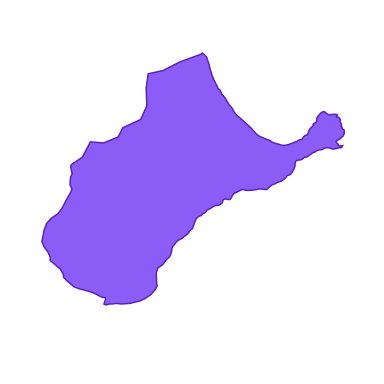 outline of Village, Soufrière, Saint Lucia, rotated 109°
{"feature_id": "8701671B40891625905372", "entity_name": "Village", "entity_type": "district", "adm_level": 2, "iso_a3": "LCA", "parent_name": "Saint Lucia", "parent_adm1": "Soufrière", "projection": "robinson", "projection_center": [-61.064, 13.907], "detail": "fine", "context": "isolated", "style": "filled", "palette": "violet", "viewbox_px": 384, "rotation_deg": 109, "n_neighbors": 0, "source": "geoboundaries", "source_scale": "gbopen_adm2", "svg_char_len": 5827}
<svg xmlns="http://www.w3.org/2000/svg" viewBox="0 0 384 384"><g transform="rotate(109 192 192)"><path d="M207.3,315.1L213.8,311.2L217.3,311.7L221.5,310.7L225.0,309.6L227.6,306.9L230.6,306.4L239.0,308.0L249.5,309.6L256.2,311.7L262.1,316.2L268.8,319.2L276.0,319.4L287.7,317.8L291.9,314.1L295.6,308.8L299.8,304.8L303.1,303.7L304.2,300.3L307.9,291.2L311.9,286.7L314.5,285.7L317.0,280.6L320.1,272.6L320.3,266.2L319.8,262.2L319.4,252.9L320.8,242.8L320.1,239.6L321.5,238.8L326.6,238.8L326.8,236.4L325.0,234.1L323.8,230.9L321.9,227.1L321.0,222.6L317.5,214.4L312.1,205.9L308.2,201.9L302.6,197.6L296.3,195.0L292.6,194.4L287.0,196.8L280.0,199.5L274.9,199.5L270.2,196.0L264.2,194.2L262.1,192.7L260.0,192.0L258.4,191.8L254.1,192.0L251.7,192.7L249.6,192.5L247.7,191.6L243.2,190.1L241.6,188.8L239.2,186.5L236.3,184.7L234.1,183.1L231.7,181.9L230.1,181.8L228.7,181.1L226.6,179.7L220.7,179.6L215.9,179.4L214.9,178.9L212.8,177.7L211.3,175.6L208.8,174.6L207.6,173.1L205.6,172.2L204.0,171.9L203.3,170.9L202.1,169.7L200.4,168.3L198.6,166.9L198.1,166.4L197.5,165.8L197.0,165.0L196.7,164.4L196.2,163.2L195.7,162.4L195.1,161.7L194.6,161.3L193.2,160.4L192.6,160.0L191.6,159.9L191.1,159.9L190.6,160.0L190.0,160.0L189.2,159.8L188.8,159.6L188.3,159.2L188.0,158.7L187.8,158.1L187.6,157.3L187.4,156.0L187.3,155.1L187.0,154.3L186.7,153.8L185.9,153.4L185.0,153.1L184.0,152.9L182.2,152.6L181.3,152.4L180.4,152.0L179.5,151.6L178.6,150.6L177.3,149.5L176.7,148.7L175.6,147.6L174.3,146.4L173.7,145.9L173.2,145.2L173.1,144.6L172.9,143.2L172.9,142.4L172.8,141.3L172.6,140.4L172.2,139.3L171.6,137.9L170.7,135.9L170.4,135.1L169.9,134.2L169.5,133.2L169.0,132.3L167.5,130.0L167.1,129.3L166.9,128.5L166.3,126.0L166.1,125.2L166.0,124.0L165.5,122.8L165.1,122.0L164.4,121.5L163.9,121.4L161.7,120.3L160.9,119.7L159.6,118.8L158.7,118.1L158.3,117.7L157.8,116.9L157.2,116.2L155.4,114.6L154.6,113.8L154.0,112.9L153.6,112.2L153.2,111.6L152.4,110.9L151.4,110.2L150.6,109.6L150.1,109.3L148.8,108.5L148.3,108.2L147.3,107.8L146.2,107.5L145.5,107.3L145.1,106.9L144.7,106.3L144.1,105.5L143.5,104.8L142.8,104.4L141.7,104.0L140.6,103.7L139.6,103.6L138.1,103.3L136.6,103.1L135.7,103.0L133.9,103.1L132.7,103.5L131.8,103.7L131.0,103.8L129.9,103.9L129.1,103.9L128.4,103.5L127.6,102.6L127.4,102.1L126.7,100.8L126.3,100.0L125.9,99.3L125.1,98.6L124.4,98.1L123.7,97.7L122.9,97.1L122.3,96.6L121.8,95.6L121.4,94.7L120.7,94.1L120.1,93.8L119.2,93.2L118.5,92.5L117.7,92.0L116.0,90.9L115.4,90.4L114.8,89.8L114.4,89.0L114.0,88.6L113.0,88.0L111.7,87.0L111.5,86.7L111.1,86.0L109.8,83.2L109.1,82.5L108.1,81.5L107.4,80.8L107.0,80.3L106.4,79.4L106.1,78.5L105.7,76.9L105.7,76.2L105.7,75.3L105.7,73.7L105.6,73.1L105.3,72.4L105.2,72.0L104.7,71.2L104.1,70.0L103.7,69.5L102.8,68.2L102.5,67.7L102.3,67.0L101.9,65.9L100.8,64.9L99.1,64.6L99.3,65.0L99.7,65.7L100.1,66.7L100.3,67.2L100.4,67.8L100.4,68.5L100.2,68.8L99.7,68.9L99.5,69.0L99.3,69.3L98.6,70.8L98.1,71.7L97.8,71.9L97.3,72.1L96.6,72.1L96.1,71.8L95.8,71.3L95.1,70.7L94.0,69.6L91.9,68.5L91.3,68.1L91.1,68.0L90.4,67.5L90.0,67.4L89.2,67.4L88.9,67.3L88.5,67.1L87.1,67.1L86.5,67.4L85.5,67.8L85.2,67.8L84.1,68.2L83.9,68.5L83.5,68.9L83.4,69.8L83.2,70.7L83.1,70.8L82.7,71.0L82.2,71.1L81.8,71.3L81.5,71.9L81.0,72.3L80.5,72.3L80.1,72.4L79.9,72.5L79.6,72.7L78.6,73.5L78.4,73.6L77.9,74.2L77.8,74.5L77.5,74.7L77.2,74.8L76.8,74.9L76.2,75.1L75.8,75.1L75.3,75.3L74.6,76.0L74.0,76.8L73.6,77.6L73.6,78.1L73.8,78.6L74.0,79.2L74.1,79.6L73.8,80.1L73.6,80.2L73.3,80.3L73.0,80.0L72.8,79.8L72.1,79.6L71.9,79.6L71.7,79.9L71.6,80.6L71.8,81.4L72.1,82.3L72.3,83.3L72.6,84.0L73.0,84.8L73.8,85.8L74.2,86.5L74.3,87.2L74.3,88.3L74.3,89.3L74.1,89.9L73.6,91.4L73.3,92.0L73.0,92.5L73.0,93.1L73.1,93.5L73.3,94.0L73.6,94.3L73.9,94.8L74.2,95.1L74.5,95.1L74.9,95.2L75.3,95.9L76.0,96.2L77.8,97.0L79.8,97.7L80.5,97.8L81.6,98.0L82.5,97.9L83.5,97.4L84.6,97.4L85.7,97.5L86.2,97.6L86.6,98.1L87.4,99.0L88.0,99.4L88.5,99.5L89.7,99.1L90.1,99.2L92.3,100.3L93.1,100.6L94.2,101.1L95.1,101.2L96.2,101.5L97.4,101.4L97.9,101.2L98.6,101.4L99.4,101.5L100.4,101.6L100.8,102.0L101.2,102.7L101.8,103.5L102.8,104.2L103.7,104.6L104.2,104.6L104.7,104.6L105.1,104.6L105.7,104.9L106.5,105.5L107.0,106.0L107.3,106.5L107.8,107.3L108.4,108.2L108.7,108.4L109.4,108.8L110.0,109.1L110.2,109.3L110.5,109.9L110.8,110.4L111.3,111.0L112.1,111.8L112.8,112.6L113.3,113.3L114.3,114.5L114.7,115.1L115.1,115.5L115.5,115.8L115.8,116.2L117.0,118.2L117.5,119.1L117.9,119.8L118.1,120.5L118.4,121.9L118.6,123.0L118.6,123.9L118.5,125.1L118.6,126.1L118.7,127.1L118.8,128.1L118.8,129.9L118.9,130.9L118.8,131.4L118.8,132.0L118.5,133.3L118.2,134.2L118.1,134.8L117.9,135.7L117.8,140.6L117.5,143.2L117.5,144.5L117.2,147.1L116.8,148.4L116.6,149.1L116.0,150.4L115.3,151.5L114.4,153.1L114.0,153.9L113.6,154.7L113.1,155.5L111.8,158.0L111.2,159.3L110.5,161.1L109.2,163.9L108.4,166.0L107.0,169.2L105.7,172.6L104.2,175.7L104.0,176.2L103.2,177.3L102.4,178.4L102.0,178.9L100.3,180.6L99.6,181.5L99.2,182.2L98.7,183.0L98.5,183.4L98.3,184.0L97.8,184.8L97.2,185.7L96.4,186.5L95.0,188.2L94.5,188.8L94.2,189.1L93.8,189.5L93.4,189.9L92.8,190.7L91.9,192.0L91.6,192.4L91.3,192.9L90.9,193.5L90.5,194.2L90.3,194.8L90.1,195.3L89.8,195.8L89.6,195.9L89.2,196.3L88.3,197.0L87.6,197.6L87.2,197.9L86.9,198.3L86.6,198.7L86.3,199.2L86.1,199.7L86.0,200.1L86.0,200.5L85.9,200.8L85.8,201.1L85.6,201.3L85.4,201.4L85.1,201.7L84.6,201.8L84.4,202.0L83.3,203.1L82.4,204.2L80.9,205.7L79.4,207.1L78.8,207.9L77.1,209.2L76.3,210.1L74.9,211.3L74.1,211.9L73.1,212.4L72.1,213.1L71.5,213.7L70.1,214.6L69.3,215.2L68.4,215.9L66.6,216.9L65.5,217.6L64.5,218.5L63.5,219.2L62.0,220.4L61.8,220.5L61.2,221.1L60.2,221.6L59.7,222.0L58.6,224.1L57.8,226.0L57.4,226.9L57.2,227.4L59.2,228.9L72.9,245.8L86.5,258.8L94.5,271.9L108.2,269.3L125.3,262.8L140.1,264.1L153.8,278.4L164.0,279.7L174.3,291.4L177.7,304.4L194.8,307.0L205.1,314.8L207.3,315.1Z" fill="#8b5cf6" stroke="#5b21b6" stroke-width="1.5"/></g></svg>